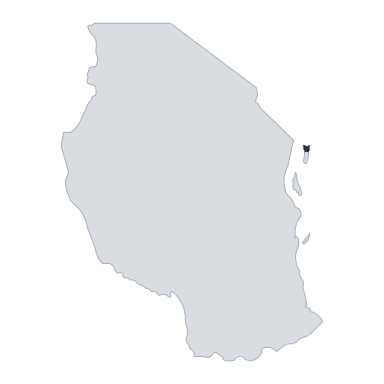 Micheweni, Kaskazini-Pemba, United Republic of Tanzania (highlighted)
{"feature_id": "72390352B10041948883658", "entity_name": "Micheweni", "entity_type": "district", "adm_level": 2, "iso_a3": "TZA", "parent_name": "United Republic of Tanzania", "parent_adm1": "Kaskazini-Pemba", "projection": "equal_earth", "projection_center": [39.804, -4.957], "detail": "fine", "context": "in_parent", "style": "filled", "palette": "slate", "viewbox_px": 384, "rotation_deg": 0, "n_neighbors": 0, "source": "geoboundaries", "source_scale": "gbopen_adm2", "svg_char_len": 5682}
<svg xmlns="http://www.w3.org/2000/svg" viewBox="0 0 384 384"><path d="M146.5,288.6L142.7,285.9L139.2,284.3L136.4,282.4L135.1,280.7L132.4,280.0L130.1,279.7L128.0,278.1L123.6,277.4L123.1,276.4L123.0,273.9L122.3,273.3L120.7,272.7L119.0,272.7L117.9,273.1L117.3,272.9L115.9,271.4L114.6,269.6L114.0,266.7L112.0,264.9L109.7,263.4L103.3,263.5L102.3,263.1L100.8,261.6L98.9,259.2L97.5,256.4L96.2,252.7L94.9,247.6L87.4,227.3L86.6,223.5L85.1,219.2L82.7,214.0L80.2,210.1L76.8,206.6L72.9,203.1L70.8,200.7L66.8,191.1L66.0,186.7L65.3,182.0L65.6,180.2L68.0,174.2L68.2,172.5L67.9,170.2L66.7,165.5L65.1,159.7L61.9,149.1L61.4,146.5L61.5,144.5L63.3,133.8L63.2,132.3L70.6,132.5L76.0,127.8L80.6,120.8L81.6,117.9L83.5,113.4L85.3,111.1L86.0,109.6L87.1,105.1L89.5,102.0L91.9,99.7L91.4,98.1L91.8,97.5L93.1,96.3L95.6,95.2L96.1,92.8L96.1,90.1L95.7,88.7L95.8,86.9L95.4,86.0L93.7,85.7L91.2,84.4L89.1,83.9L87.7,83.1L87.2,82.5L87.0,80.9L88.1,76.8L87.0,75.1L89.5,68.3L90.0,67.5L90.9,67.4L92.4,66.7L93.8,66.3L94.9,66.6L95.7,66.3L96.5,65.5L97.1,63.2L97.6,59.4L97.3,56.2L96.2,53.8L95.9,50.1L96.4,45.1L96.0,41.0L94.8,37.7L93.6,35.8L91.8,34.8L88.9,29.8L88.0,27.4L88.1,25.8L89.1,25.2L91.0,25.4L92.7,24.8L94.3,23.4L95.9,23.0L96.8,23.3L170.4,23.3L256.5,87.9L256.8,88.7L257.5,94.3L257.4,96.1L256.1,99.3L255.7,101.0L255.7,102.2L256.0,102.6L257.1,102.8L258.1,103.6L258.4,104.2L259.2,106.6L260.1,107.8L292.8,139.5L293.5,140.0L293.1,142.6L291.2,149.1L291.1,151.7L290.4,154.9L289.7,157.0L287.8,166.0L286.3,169.4L284.1,177.4L283.8,183.5L285.0,187.7L285.4,191.7L287.9,195.6L289.9,197.0L291.3,198.8L293.7,202.9L295.1,206.9L299.4,209.0L301.2,213.5L300.5,216.7L298.5,219.3L296.6,223.5L295.1,229.1L295.1,237.6L296.1,236.3L298.4,238.4L298.7,244.6L296.3,251.9L295.6,255.3L295.5,258.3L297.2,267.0L299.8,271.4L299.6,272.8L299.0,274.0L303.4,281.8L303.0,288.6L304.7,293.9L305.4,298.5L306.5,302.0L306.7,304.5L305.4,307.2L308.6,307.9L310.5,310.1L311.4,312.2L313.7,312.1L315.0,313.5L316.8,314.7L320.8,318.3L321.9,320.0L322.6,321.7L311.5,332.9L307.5,335.8L304.6,337.1L301.6,337.9L298.7,339.6L296.0,342.4L292.5,343.8L288.2,343.8L283.7,345.7L276.7,351.5L272.5,348.3L269.3,347.3L265.6,347.4L263.4,347.8L262.5,348.5L261.8,350.4L261.2,353.6L258.8,356.7L254.6,359.7L250.7,360.8L247.1,360.0L244.6,358.8L243.3,357.1L241.5,356.3L239.0,356.4L236.6,357.6L234.4,360.0L230.8,361.0L225.8,360.7L223.2,359.5L222.8,357.6L220.6,355.4L216.6,352.8L213.7,352.7L211.8,355.2L210.1,356.8L208.6,357.4L207.2,357.5L205.2,356.8L199.7,356.5L194.5,356.6L194.0,353.0L192.9,350.9L191.9,349.6L190.1,349.2L189.6,348.2L189.0,346.0L188.1,344.1L186.9,342.5L186.2,341.1L186.0,339.7L186.2,338.2L187.2,334.5L187.5,332.0L187.4,329.4L186.8,326.8L185.6,323.6L185.7,322.7L185.3,320.6L185.2,319.1L185.4,317.2L185.2,314.7L184.1,309.5L184.1,308.1L182.9,305.6L179.4,299.5L179.3,298.7L173.8,292.6L171.7,291.3L170.9,292.5L170.6,293.5L170.8,295.5L170.7,296.4L170.5,296.9L169.2,296.8L168.4,296.6L166.3,294.9L164.7,294.5L160.8,294.8L159.4,295.2L158.3,294.9L156.1,292.1L153.7,291.5L151.5,291.3L147.8,288.2L146.5,288.6ZM300.0,186.8L301.8,193.5L301.5,194.7L300.3,195.5L299.6,195.6L298.8,194.5L298.3,192.2L297.3,192.8L295.7,190.0L294.1,189.9L292.6,186.7L293.2,183.9L292.9,179.1L294.6,176.6L295.6,172.5L296.7,175.3L297.0,179.7L298.5,184.9L300.0,186.8ZM308.6,146.7L308.8,148.3L308.4,149.8L308.5,154.6L308.3,157.7L307.0,162.1L305.9,163.7L304.9,163.2L304.1,162.5L303.5,161.3L304.8,153.3L304.1,147.4L306.6,147.9L308.6,146.7ZM305.0,243.6L303.8,244.0L303.3,243.6L302.5,242.3L303.8,241.2L305.1,239.0L308.2,235.8L309.6,233.2L309.4,235.7L307.7,241.2L306.2,241.5L305.0,243.6Z" fill="#d9dde1" stroke="#a8b0b8" stroke-width="1"/><path d="M307.8,151.1L308.0,151.2L307.9,151.1L308.0,150.8L308.0,150.6L308.0,150.4L307.9,150.2L308.0,150.1L308.0,149.9L308.0,150.1L308.2,149.9L308.3,150.0L308.2,150.0L308.3,150.2L308.4,150.3L308.5,150.4L308.5,150.5L308.6,150.3L308.6,150.5L308.7,150.4L308.7,150.2L308.8,150.1L308.8,149.9L308.8,149.7L308.9,149.2L308.9,148.9L308.8,148.6L308.8,148.4L308.8,148.2L308.8,147.9L308.8,147.4L308.8,147.2L308.8,146.8L308.8,146.7L308.8,146.4L308.7,146.4L308.8,146.3L308.7,146.3L308.7,146.2L308.5,146.3L308.5,146.5L308.5,146.8L308.4,147.1L308.3,147.3L308.2,147.3L308.3,147.3L308.3,147.6L308.3,147.9L308.4,148.0L308.4,148.3L308.3,148.5L308.2,148.5L307.9,148.8L307.8,148.7L308.0,148.5L308.0,148.4L308.0,148.2L308.1,147.9L308.0,147.7L307.9,147.7L307.7,147.5L307.6,147.4L307.4,147.6L307.3,147.8L307.5,148.1L307.6,148.3L307.5,148.5L307.5,148.8L307.6,149.0L307.8,149.1L307.8,149.3L307.8,149.5L307.7,149.6L307.6,149.4L307.6,149.2L307.6,149.3L307.5,149.2L307.4,149.2L307.4,148.9L307.4,148.7L307.2,148.8L307.3,148.7L307.2,148.6L307.1,148.4L307.0,148.2L306.9,147.9L306.8,147.6L306.7,147.3L306.5,147.5L306.4,147.5L306.2,147.3L306.1,147.1L305.9,147.0L306.0,147.0L305.9,147.0L305.9,146.8L305.8,146.7L305.7,146.7L305.4,146.7L305.3,146.8L305.3,147.0L305.3,146.9L305.2,147.0L305.3,147.1L305.2,147.2L305.3,147.1L305.2,147.0L305.2,146.9L305.3,146.9L305.2,146.9L304.8,146.8L304.6,146.6L304.6,146.4L304.5,146.1L304.4,145.8L304.4,145.7L304.4,145.4L304.3,145.6L304.2,145.6L304.2,145.8L304.3,146.0L304.3,146.3L304.2,146.3L304.3,146.4L304.2,146.4L304.2,146.5L304.2,146.8L304.2,147.0L304.2,147.3L304.1,147.5L304.1,147.8L304.1,148.0L304.1,148.3L304.4,148.3L304.4,148.2L304.5,148.4L304.5,148.5L304.7,148.8L304.7,148.7L304.7,148.8L304.8,148.8L305.0,148.9L304.9,149.0L305.0,149.0L305.3,149.2L305.3,149.3L305.4,149.5L305.4,149.8L305.2,149.8L305.3,149.9L305.3,150.0L305.5,150.1L305.5,150.3L305.4,150.8L305.3,151.1L305.5,151.0L305.8,151.0L306.1,151.1L306.3,151.0L306.5,151.0L306.6,150.9L306.9,150.9L307.0,150.9L307.3,150.8L307.4,151.0L307.5,151.1L307.8,151.2L307.8,151.1Z" fill="#64748b" stroke="#1e293b" stroke-width="1.5"/></svg>